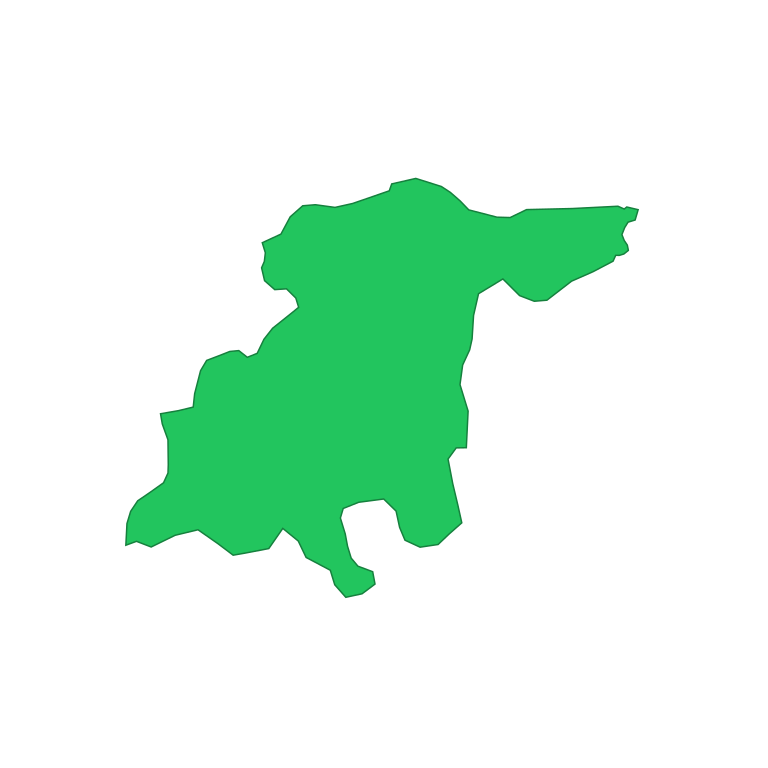 Yeongam-gun, South Jeolla, South Korea (Mercator projection), rotated 163°
{"feature_id": "91817680B36456413113015", "entity_name": "Yeongam-gun", "entity_type": "district", "adm_level": 2, "iso_a3": "KOR", "parent_name": "South Korea", "parent_adm1": "South Jeolla", "projection": "mercator", "projection_center": [126.62, 34.807], "detail": "fine", "context": "isolated", "style": "filled", "palette": "green", "viewbox_px": 768, "rotation_deg": 163, "n_neighbors": 0, "source": "geoboundaries", "source_scale": "gbopen_adm2", "svg_char_len": 1584}
<svg xmlns="http://www.w3.org/2000/svg" viewBox="0 0 768 768"><g transform="rotate(163 384 384)"><path d="M654.3,296.2L628.0,300.4L604.5,299.0L589.3,279.6L578.3,264.4L567.2,263.0L542.3,260.3L523.0,275.5L511.9,258.9L509.2,240.9L489.8,221.6L489.8,206.4L482.9,191.2L466.3,189.8L451.1,195.3L449.7,207.8L462.2,217.4L466.3,227.1L466.3,239.5L464.9,252.0L464.9,268.6L459.4,276.9L442.8,278.3L417.9,274.1L409.6,258.9L411.0,242.3L409.6,228.5L397.2,217.4L379.2,214.7L365.4,221.6L350.2,228.5L348.8,246.5L347.4,268.6L344.7,293.5L333.6,301.8L323.9,299.0L311.5,333.5L311.5,361.2L303.2,379.2L292.1,391.6L286.6,401.3L278.3,423.4L267.2,442.7L239.6,449.7L228.5,428.9L216.1,419.2L203.7,416.5L174.6,427.5L151.1,430.3L129.0,434.5L124.8,439.3L121.3,438.2L116.6,438.2L111.3,440.3L111.1,441.6L110.7,445.7L112.3,451.0L112.8,457.3L108.1,463.2L103.3,467.4L95.9,467.4L92.8,472.1L90.0,476.4L100.1,482.3L103.1,481.1L108.3,485.6L152.5,496.7L196.7,509.1L214.7,506.3L227.2,510.5L252.0,525.7L257.6,536.7L264.5,547.8L271.4,556.1L293.5,571.3L318.1,573.1L322.5,567.2L361.2,565.8L379.2,567.2L397.2,575.5L409.6,578.2L424.8,571.3L438.7,557.5L459.1,554.7L459.1,544.2L462.6,536.2L467.1,530.9L468.0,517.7L460.9,506.2L449.4,503.5L443.2,492.0L443.2,482.3L452.0,478.7L474.2,469.9L485.7,461.9L496.3,450.4L506.9,449.5L513.1,458.4L521.9,460.2L533.4,459.3L546.7,458.4L555.5,450.4L567.9,430.1L573.2,417.7L588.3,418.6L606.4,420.9L607.7,410.6L606.9,393.8L613.9,369.9L616.6,362.0L623.7,354.0L639.6,348.7L653.7,344.3L663.5,336.3L670.6,325.7L678.0,305.3L666.7,305.9L654.3,296.2Z" fill="#22c55e" stroke="#15803d" stroke-width="1.5"/></g></svg>